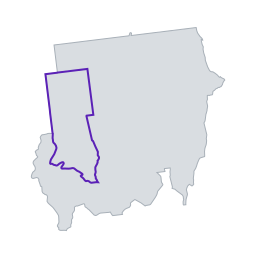 where North Darfur sits in Sudan, rotated 353°
{"feature_id": "SDN-881", "entity_name": "North Darfur", "entity_type": "State", "adm_level": 1, "iso_a3": "SDN", "parent_name": "Sudan", "parent_adm1": "", "projection": "robinson", "projection_center": [25.452, 15.918], "detail": "fine", "context": "in_parent", "style": "outline", "palette": "violet", "viewbox_px": 256, "rotation_deg": 353, "n_neighbors": 0, "source": "natural_earth", "source_scale": "10m", "svg_char_len": 5575}
<svg xmlns="http://www.w3.org/2000/svg" viewBox="0 0 256 256"><g transform="rotate(353 128 128)"><path d="M176.1,211.2L173.8,211.2L173.5,210.6L173.6,208.9L173.8,207.6L174.6,205.6L174.4,204.5L174.5,202.9L173.9,201.2L168.4,196.0L167.3,194.6L164.4,193.3L164.9,191.9L163.6,181.3L164.2,180.1L164.3,178.3L164.3,176.7L165.0,174.0L165.0,172.8L159.2,172.7L159.1,173.9L159.4,175.2L159.4,175.7L151.3,175.7L154.6,179.9L154.7,181.7L154.6,183.9L154.6,185.4L154.8,186.3L155.7,188.2L155.6,188.5L155.4,189.0L149.7,194.5L148.8,197.0L148.0,198.4L146.3,200.6L141.1,206.5L140.2,206.9L136.2,207.1L135.8,207.2L135.5,207.5L135.4,207.4L131.9,204.0L126.1,199.8L122.3,202.0L121.3,202.8L121.2,204.8L120.7,205.8L119.6,206.9L116.8,207.6L115.3,208.2L113.6,209.4L111.9,211.2L111.8,212.2L112.0,213.1L102.2,213.1L101.6,212.4L100.1,209.2L99.1,209.4L90.3,209.1L89.0,209.4L86.4,210.7L85.2,210.9L83.8,210.3L79.2,204.2L78.2,203.4L77.1,202.0L76.1,201.3L75.8,200.9L75.7,200.2L75.7,198.9L75.4,198.0L74.6,197.8L68.3,199.3L67.4,199.1L66.1,199.4L65.7,199.6L65.1,200.4L65.0,202.1L64.9,202.9L64.4,203.9L62.6,205.9L62.2,206.8L62.3,209.1L62.2,210.3L61.9,210.8L61.1,211.7L60.8,212.2L60.5,215.1L59.5,216.9L59.3,217.5L59.3,218.8L59.1,219.2L56.3,220.2L55.2,220.9L54.5,221.9L54.4,222.3L53.2,221.9L51.6,221.7L48.6,221.4L47.5,220.9L46.9,220.2L47.1,218.4L46.8,218.0L46.3,217.7L46.0,217.0L46.1,216.0L47.6,214.0L48.0,212.9L48.4,207.7L48.3,206.2L47.0,203.3L44.2,198.3L43.5,197.3L39.9,193.2L39.5,192.6L38.7,190.9L39.6,187.1L39.7,186.0L39.4,185.0L38.5,184.1L37.7,184.1L36.7,183.0L36.0,182.6L35.4,181.7L35.0,180.4L35.3,176.0L35.1,175.4L34.2,175.2L34.0,174.9L34.0,174.0L33.5,171.5L33.0,169.4L33.3,168.2L32.5,166.6L31.1,166.0L28.2,166.5L27.3,166.4L26.7,166.1L26.3,165.5L26.1,164.8L26.3,163.8L27.1,161.9L28.1,160.3L30.2,158.9L30.7,158.2L31.0,157.3L31.1,156.4L31.0,155.3L30.7,154.4L30.1,153.2L29.6,151.7L29.6,150.8L29.8,150.1L30.4,149.2L32.4,147.6L34.5,146.2L34.9,145.7L34.7,145.1L33.8,144.0L33.5,141.8L33.0,140.3L34.0,139.2L34.8,138.7L36.0,138.4L36.5,137.9L36.6,137.0L36.6,136.1L37.0,135.5L37.6,134.1L38.1,133.4L39.7,131.8L40.0,130.7L40.2,129.7L39.7,126.6L40.6,125.3L41.8,124.3L43.5,124.3L46.1,124.1L47.9,123.7L49.2,123.7L52.1,124.2L52.4,124.0L52.5,123.2L52.6,64.5L64.5,64.5L64.7,64.4L64.7,36.6L139.7,36.6L140.3,36.5L141.5,33.9L142.0,33.7L142.7,33.9L143.0,34.5L142.4,36.6L207.9,36.6L208.1,39.8L208.7,42.3L210.6,45.9L212.2,47.9L212.8,49.0L212.8,49.5L212.8,49.9L212.3,49.4L211.5,49.0L211.4,50.7L211.8,54.2L212.6,56.6L212.1,58.9L212.3,62.7L213.2,67.3L213.0,70.2L214.5,77.0L215.9,80.8L216.7,81.8L217.5,82.3L219.1,82.6L221.4,84.5L223.3,86.5L224.0,87.6L224.9,88.8L225.5,88.6L225.9,88.3L226.5,89.2L229.5,91.2L229.9,92.2L228.9,93.1L227.7,94.7L227.1,96.2L226.8,96.7L225.9,97.6L225.7,98.0L225.3,98.3L224.8,98.3L223.8,98.9L222.9,98.7L222.0,99.0L221.7,99.3L221.0,99.6L220.0,99.8L218.5,101.1L217.2,101.7L216.7,102.2L216.1,104.7L215.6,105.3L213.6,105.4L212.7,105.6L211.4,105.3L210.7,105.4L210.6,105.9L210.4,108.0L210.4,109.0L209.3,111.4L209.7,116.0L208.7,119.4L208.6,120.2L207.5,122.9L207.0,123.9L205.7,129.0L205.2,130.6L204.0,132.2L205.4,144.4L204.4,148.1L204.5,150.2L203.8,153.2L203.3,154.6L202.4,156.3L201.7,158.1L201.1,160.6L200.7,165.3L200.5,165.7L197.0,166.3L195.9,166.6L195.2,167.1L194.3,168.4L192.5,171.6L191.6,173.7L190.2,176.4L188.5,178.4L188.1,179.3L187.9,181.1L187.2,183.9L186.7,185.9L186.8,187.5L186.3,190.3L186.4,191.7L185.8,192.4L185.0,193.1L184.4,193.3L182.0,191.4L180.3,192.7L179.2,194.5L178.4,196.3L178.9,200.2L178.9,201.0L178.6,202.0L177.0,205.7L176.6,207.5L176.1,210.5L176.1,211.2Z" fill="#d9dde1" stroke="#a8b0b8" stroke-width="1"/><path d="M63.3,64.5L64.5,64.5L64.6,64.4L64.9,64.4L94.9,64.4L95.2,110.7L94.9,110.7L88.4,110.7L88.3,110.9L88.2,111.1L90.8,135.8L91.0,136.1L91.5,136.4L92.0,137.6L93.3,142.2L95.2,148.0L94.7,151.1L94.7,151.3L94.7,151.5L95.5,152.9L95.6,153.5L95.6,154.0L95.4,154.6L95.4,154.8L95.3,155.0L94.0,156.7L93.8,156.8L93.8,157.0L93.7,158.3L93.3,159.0L93.2,159.5L92.9,159.9L91.0,162.6L90.7,163.4L90.7,163.6L90.5,165.5L90.6,167.2L90.6,167.4L90.6,167.6L90.2,168.8L89.6,170.0L89.5,170.3L89.5,170.7L90.0,172.6L90.0,172.9L89.9,173.4L89.9,174.1L89.9,174.3L90.0,174.4L90.6,175.5L90.7,175.8L90.8,176.3L90.8,176.6L91.6,178.2L89.9,177.9L85.1,177.9L84.7,177.8L84.1,177.5L83.5,177.0L82.9,176.3L82.7,176.1L82.3,175.9L81.6,175.6L81.1,175.5L80.7,175.5L80.3,175.6L79.8,175.6L79.4,175.3L78.8,174.7L77.6,172.6L76.5,171.4L75.8,170.7L75.4,170.2L75.3,169.9L75.3,169.7L75.5,169.5L75.8,169.3L76.9,169.0L77.1,168.8L77.2,168.6L77.2,168.3L77.1,168.1L76.9,167.8L74.2,165.4L73.6,165.1L72.0,164.0L69.7,161.6L69.3,161.4L68.9,161.2L68.4,161.1L67.9,161.0L65.9,161.2L63.9,161.1L60.2,160.5L57.9,160.3L57.5,160.2L57.2,160.0L57.0,159.6L57.0,159.2L57.2,158.8L57.4,158.4L59.1,156.6L59.6,155.9L59.8,155.5L59.9,155.2L59.8,154.7L59.6,154.3L59.4,154.1L59.0,154.0L58.5,154.0L58.1,154.1L57.6,154.2L55.6,155.0L53.6,156.3L53.1,156.5L52.6,156.5L52.2,156.5L51.3,156.0L50.0,155.6L49.6,155.3L49.3,155.1L48.9,154.7L48.6,154.4L48.2,154.3L47.9,154.2L47.2,154.2L46.8,154.2L46.6,154.0L46.4,153.6L46.5,152.9L46.9,151.6L47.7,149.8L51.6,145.0L54.2,140.2L54.4,139.7L54.5,139.2L54.6,138.7L54.5,138.1L54.3,136.8L53.9,135.9L53.6,135.2L53.1,134.5L52.5,133.8L52.2,133.3L52.0,132.6L52.0,131.7L52.0,129.6L51.9,129.0L52.7,124.3L52.5,124.0L52.5,123.2L52.5,119.9L52.5,116.7L52.5,113.5L52.5,110.2L52.5,107.0L52.5,103.8L52.6,100.5L52.6,97.3L52.6,94.1L52.6,90.8L52.6,87.6L52.6,84.4L52.6,81.1L52.6,77.9L52.6,74.6L52.6,71.4L52.6,69.7L52.6,67.9L52.6,66.2L52.6,64.5L54.6,64.5L55.6,64.5L56.9,64.5L58.6,64.5L60.1,64.5L61.5,64.5L63.3,64.5Z" fill="none" stroke="#5b21b6" stroke-width="2"/></g></svg>